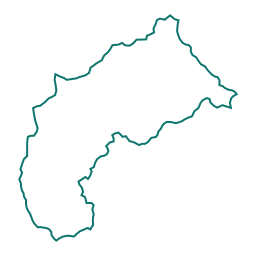 Vargem Grande do Sul, São Paulo, Brazil
{"feature_id": "56859067B45488213121507", "entity_name": "Vargem Grande do Sul", "entity_type": "district", "adm_level": 2, "iso_a3": "BRA", "parent_name": "Brazil", "parent_adm1": "São Paulo", "projection": "robinson", "projection_center": [-46.893, -21.868], "detail": "fine", "context": "isolated", "style": "outline", "palette": "teal", "viewbox_px": 256, "rotation_deg": 0, "n_neighbors": 0, "source": "geoboundaries", "source_scale": "gbopen_adm2", "svg_char_len": 2411}
<svg xmlns="http://www.w3.org/2000/svg" viewBox="0 0 256 256"><path d="M74.1,236.5L76.2,234.3L80.0,231.2L83.7,229.7L87.7,227.9L90.2,229.5L93.1,224.9L92.8,220.6L93.1,217.3L93.7,213.9L92.3,209.4L93.7,205.2L91.6,203.0L86.5,203.0L85.1,197.1L81.5,195.2L83.1,191.8L81.8,187.6L79.3,184.3L78.5,181.5L81.2,179.8L85.4,177.0L88.0,178.9L90.0,176.0L91.7,171.5L90.5,168.9L93.9,167.0L95.0,163.0L97.0,159.3L100.7,156.4L104.9,155.5L107.1,153.9L108.4,151.0L107.6,148.4L106.1,146.2L109.9,142.4L113.7,141.4L113.6,138.2L112.3,135.1L115.0,133.4L118.4,132.6L120.4,134.3L122.5,136.8L125.8,136.2L127.8,138.8L129.5,141.2L132.1,141.7L134.7,142.7L139.2,145.1L141.6,143.9L144.9,143.9L148.0,142.0L151.2,137.9L156.1,136.9L157.7,134.3L158.4,131.5L160.8,128.8L162.5,125.4L164.4,123.4L166.8,121.9L171.5,122.1L175.7,123.2L179.2,122.2L181.9,121.2L184.7,119.4L187.8,117.8L192.0,116.3L194.3,111.3L198.4,108.0L200.6,102.9L202.5,100.4L206.6,98.1L209.6,99.0L210.3,102.4L213.8,105.7L217.0,107.6L222.6,105.2L226.9,106.6L230.9,107.9L229.9,102.9L231.2,98.2L233.3,96.1L236.7,94.2L234.8,91.8L232.1,90.3L228.8,89.8L225.0,88.1L222.8,86.3L219.4,85.1L219.5,80.3L217.8,77.3L214.9,76.5L211.7,74.4L207.6,70.1L205.0,66.4L201.0,64.3L198.2,60.5L196.1,57.2L192.6,55.2L190.8,51.8L190.9,47.6L188.8,45.1L185.5,44.5L182.4,42.6L179.6,38.8L178.0,34.5L177.1,31.1L177.4,27.5L177.8,23.6L178.5,20.3L174.7,19.2L170.2,15.4L167.2,17.7L164.7,19.7L159.9,18.6L157.1,19.9L155.4,24.7L153.5,28.4L154.0,32.5L150.3,34.4L147.0,35.7L146.1,39.4L140.7,39.6L136.5,39.7L133.2,43.3L129.8,45.6L125.1,45.4L122.2,42.9L118.6,44.6L112.5,45.1L110.4,48.9L107.6,52.6L104.2,55.4L101.8,60.1L99.0,61.9L96.3,63.4L93.9,65.4L90.5,67.7L89.1,72.9L85.4,75.3L78.7,77.3L75.9,78.5L72.5,78.9L69.5,79.4L66.6,79.8L64.0,78.0L59.7,76.4L55.4,74.2L54.6,79.8L55.4,83.7L56.4,90.5L55.1,95.0L51.9,97.0L48.8,98.2L45.0,102.1L40.1,105.8L37.1,106.2L33.1,108.1L34.0,114.1L34.7,118.1L35.3,120.9L36.4,124.3L37.6,128.3L36.8,131.5L34.1,135.7L30.2,135.9L27.8,136.9L27.2,142.3L27.1,145.9L27.2,150.2L27.1,156.1L23.9,159.1L22.5,162.9L21.7,165.6L20.4,169.2L22.0,172.4L21.1,175.6L19.3,179.2L21.0,183.8L21.1,186.9L21.9,190.4L23.4,192.9L24.1,196.9L26.0,199.9L26.0,203.6L26.5,207.2L27.9,210.5L30.0,213.6L31.2,216.7L32.2,219.6L34.0,223.2L37.7,227.2L40.7,227.1L43.9,227.7L47.0,228.2L49.4,229.5L51.2,231.8L51.6,235.2L54.2,238.8L56.3,240.6L59.6,238.2L63.2,236.5L67.5,235.7L70.7,236.0L74.1,236.5Z" fill="none" stroke="#0f766e" stroke-width="2"/></svg>